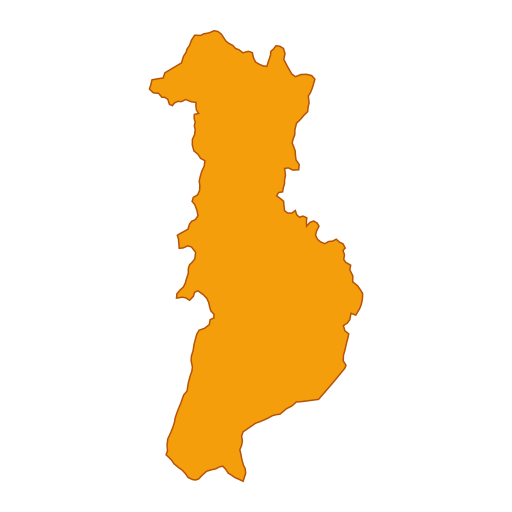 the district of Ibirapitanga, Bahia, Brazil
{"feature_id": "56859067B82282843362719", "entity_name": "Ibirapitanga", "entity_type": "district", "adm_level": 2, "iso_a3": "BRA", "parent_name": "Brazil", "parent_adm1": "Bahia", "projection": "natural_earth1", "projection_center": [-39.442, -14.059], "detail": "fine", "context": "isolated", "style": "filled", "palette": "amber", "viewbox_px": 512, "rotation_deg": 0, "n_neighbors": 0, "source": "geoboundaries", "source_scale": "gbopen_adm2", "svg_char_len": 3611}
<svg xmlns="http://www.w3.org/2000/svg" viewBox="0 0 512 512"><path d="M336.2,239.2L332.7,241.1L328.6,241.5L324.7,243.7L320.5,241.8L317.5,239.3L315.5,235.1L316.7,230.7L319.0,226.2L317.2,223.1L313.6,221.0L309.8,222.5L306.6,226.2L306.4,221.9L306.8,217.8L303.0,216.1L299.3,217.2L296.7,214.7L295.3,210.5L291.7,213.2L287.6,213.0L284.6,210.7L283.9,205.3L283.6,201.2L280.3,198.5L276.7,195.8L278.5,192.5L282.6,191.9L283.3,187.9L284.5,183.7L284.6,179.7L285.5,175.3L284.6,168.5L288.4,167.9L292.9,170.1L298.7,169.8L299.2,164.5L296.0,159.8L295.4,154.9L295.2,151.0L293.7,146.8L292.2,143.1L293.0,139.4L294.8,134.6L294.9,129.7L296.5,123.2L300.3,119.6L304.0,115.2L307.6,111.7L308.1,107.3L309.1,102.8L308.3,96.0L310.3,92.9L312.1,88.6L313.4,84.5L314.9,79.2L311.7,75.6L306.6,74.3L301.0,74.5L295.4,76.7L291.9,74.1L289.9,70.8L286.5,64.7L283.8,59.3L285.0,53.8L283.5,48.5L279.8,46.2L275.9,45.8L273.7,48.8L270.9,51.3L270.4,55.6L268.5,61.1L266.8,66.4L262.8,65.8L259.2,64.2L255.6,62.1L253.5,57.8L252.3,52.6L248.3,51.3L242.9,52.8L238.9,49.7L235.6,48.5L232.7,45.4L228.7,43.3L225.8,41.0L223.7,37.7L221.2,34.0L217.9,31.5L214.1,30.7L209.0,32.9L203.8,33.8L200.7,35.4L194.7,35.2L191.5,40.1L189.6,45.3L187.1,48.9L186.0,52.4L183.5,56.3L181.5,62.9L164.9,72.8L163.1,78.0L158.8,78.6L155.5,79.2L152.0,79.8L150.6,85.5L149.4,89.1L153.3,92.8L158.7,93.4L161.8,97.2L164.8,97.4L167.8,99.3L169.4,104.3L172.4,105.7L174.4,103.0L177.7,101.4L181.5,101.6L185.7,99.5L191.3,101.8L195.9,102.4L195.9,106.1L196.4,110.0L198.6,113.4L194.3,114.4L194.1,118.1L195.2,122.2L194.3,125.8L195.2,129.5L194.6,134.7L192.4,139.3L192.3,145.0L193.9,150.9L198.1,154.4L200.6,158.4L204.9,160.7L204.2,166.1L201.9,171.0L200.4,175.8L199.2,181.1L199.8,185.2L199.6,190.4L197.6,194.8L193.3,197.4L192.1,201.4L194.9,204.7L196.9,210.3L198.0,215.7L195.4,219.6L191.6,221.3L189.5,224.1L188.0,229.1L184.5,231.2L180.7,233.2L177.3,235.3L178.4,238.8L178.8,242.9L179.2,248.3L183.3,247.9L187.7,245.9L191.4,246.9L195.6,252.3L194.8,258.9L192.3,262.1L189.6,264.7L188.3,268.6L188.3,273.3L186.4,279.1L185.3,283.1L183.3,287.1L180.0,290.1L176.9,293.8L176.5,298.1L182.5,297.2L185.7,297.8L189.6,300.3L193.4,296.3L194.6,292.3L197.9,290.8L203.2,294.6L206.7,298.2L208.7,302.5L209.7,307.1L210.8,310.8L213.9,314.2L213.9,317.9L210.1,319.7L209.3,324.6L204.6,328.3L199.1,330.2L196.8,334.1L195.6,338.5L194.1,344.1L193.0,351.1L191.4,356.0L191.1,360.7L192.4,366.8L191.9,371.1L190.3,375.5L188.4,382.5L187.0,391.1L183.8,394.8L182.3,398.8L180.8,403.2L178.3,409.1L176.4,414.2L175.1,418.3L174.5,422.1L173.1,426.6L170.6,432.9L167.8,438.9L167.0,444.9L167.5,450.7L166.1,454.8L169.4,457.9L171.9,460.6L173.9,463.7L176.7,466.0L179.2,468.1L182.0,469.9L185.4,473.6L188.1,477.5L192.6,479.6L195.6,480.0L198.6,479.0L202.2,475.2L206.7,471.2L211.8,469.7L215.7,468.9L219.1,467.0L222.7,466.2L225.6,469.1L228.2,473.1L231.7,475.3L234.8,477.5L238.7,479.2L243.1,481.3L244.4,477.3L245.7,473.1L245.2,468.7L243.4,465.1L241.8,459.2L240.7,453.3L239.8,449.8L241.6,445.3L242.4,441.0L241.6,436.1L243.1,431.8L255.6,423.2L260.1,421.6L264.4,419.8L267.7,418.3L272.2,415.8L276.0,414.7L279.9,414.2L283.1,411.6L286.1,408.9L292.0,405.9L296.4,401.9L300.8,401.7L318.5,399.4L327.1,389.5L332.6,383.1L344.7,368.4L346.0,365.3L343.2,360.8L343.5,355.1L345.1,349.6L345.8,346.2L347.1,340.9L348.0,337.6L348.7,333.9L344.9,330.8L343.4,325.6L347.1,323.2L349.8,319.7L351.0,313.3L355.8,315.1L359.4,309.1L360.9,305.6L362.0,301.4L362.5,297.8L362.6,293.4L360.3,289.7L357.6,285.8L352.7,281.8L352.8,275.8L349.8,269.8L350.7,265.2L345.8,262.4L343.7,259.4L344.5,254.9L343.0,250.4L345.2,248.1L343.0,243.8L339.7,242.3L336.2,239.2Z" fill="#f59e0b" stroke="#b45309" stroke-width="1.5"/></svg>